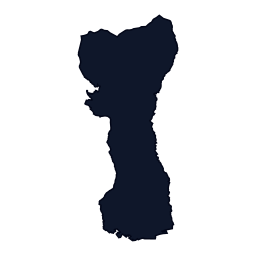 outline of Baia De Fier, Gorj, Romania
{"feature_id": "2599482B13335657184953", "entity_name": "Baia De Fier", "entity_type": "district", "adm_level": 2, "iso_a3": "ROU", "parent_name": "Romania", "parent_adm1": "Gorj", "projection": "robinson", "projection_center": [23.743, 45.243], "detail": "fine", "context": "isolated", "style": "filled", "palette": "ink", "viewbox_px": 256, "rotation_deg": 0, "n_neighbors": 0, "source": "geoboundaries", "source_scale": "gbopen_adm2", "svg_char_len": 5834}
<svg xmlns="http://www.w3.org/2000/svg" viewBox="0 0 256 256"><path d="M155.2,238.8L155.5,237.7L155.5,235.7L155.9,235.5L159.6,234.2L163.1,233.5L167.1,233.2L166.1,230.9L162.5,231.9L161.9,231.2L166.3,229.8L172.3,228.6L172.4,225.5L172.8,224.9L173.5,224.6L172.8,222.4L172.1,221.6L171.6,219.4L171.6,218.0L171.1,217.0L170.9,215.8L170.4,214.8L170.6,213.8L170.4,211.9L171.4,211.3L171.6,210.9L171.5,210.2L171.1,209.7L171.0,208.4L171.2,206.5L170.7,205.6L169.3,205.0L168.9,203.7L168.3,202.9L169.3,200.9L169.4,199.8L169.0,198.8L169.4,197.9L168.5,196.8L167.8,196.5L167.7,196.1L167.7,195.6L168.7,194.2L169.3,192.5L169.1,191.9L168.5,191.5L168.2,190.9L168.4,189.4L168.2,188.6L168.4,186.6L169.1,183.6L169.6,182.7L169.2,181.9L168.3,181.5L168.2,181.3L169.3,180.4L169.4,179.9L169.1,179.3L169.2,178.3L168.4,177.8L166.3,173.1L164.4,172.4L163.1,170.4L162.9,169.9L163.3,169.2L163.1,168.2L162.5,167.3L162.4,166.6L161.2,164.9L160.8,163.5L159.9,162.3L158.9,161.7L159.0,160.8L158.8,160.4L157.5,159.8L157.3,159.5L158.1,158.6L158.2,157.6L157.8,157.1L156.9,157.2L156.6,156.9L156.5,156.0L156.0,155.1L156.2,154.7L157.3,154.1L154.9,151.0L154.9,150.6L155.1,149.9L155.9,149.1L155.3,147.5L155.9,145.6L155.0,144.9L154.8,143.8L155.1,143.5L156.5,142.9L155.4,141.4L155.4,140.9L155.9,140.5L156.0,139.6L155.2,137.4L155.4,136.9L155.3,136.1L155.4,135.4L154.6,134.7L154.5,134.0L153.9,133.7L154.5,132.7L152.7,130.8L152.4,130.1L152.3,128.5L151.7,127.8L151.4,125.8L152.2,124.8L152.0,124.1L152.6,123.4L150.4,121.7L149.9,120.5L150.8,119.8L151.8,118.3L152.3,116.0L153.1,115.1L153.8,114.8L154.6,113.5L153.4,113.1L153.3,111.4L154.0,110.7L154.3,109.7L155.4,109.0L155.3,108.0L155.8,106.5L155.4,104.6L155.7,103.6L155.7,101.2L156.8,99.8L156.7,98.2L155.6,97.4L155.6,95.8L155.2,95.1L154.0,94.4L153.9,94.0L154.5,93.5L156.2,93.6L156.3,92.7L156.7,92.4L158.6,92.4L158.8,90.7L159.4,90.3L159.5,89.7L160.4,88.4L160.9,86.9L161.0,85.2L160.9,83.2L161.2,82.4L161.1,81.9L161.4,80.6L163.1,79.1L163.3,78.0L162.9,77.3L164.7,75.7L164.8,74.3L165.1,73.9L166.3,73.2L166.9,72.4L168.6,71.3L169.8,70.1L169.8,69.3L172.7,64.1L172.5,63.0L173.3,61.6L173.1,60.4L173.5,59.8L173.6,58.6L174.6,57.9L174.5,55.5L175.6,53.9L176.8,53.1L176.3,52.5L177.5,50.6L177.6,49.1L177.6,47.7L177.0,45.7L177.3,45.1L176.8,44.4L176.8,43.4L176.2,43.0L176.4,42.2L175.6,41.4L175.4,40.4L175.4,39.5L175.1,39.2L175.1,38.8L174.4,38.1L174.9,36.6L174.9,35.7L173.7,34.2L173.0,32.5L172.5,31.9L172.3,31.1L171.8,30.8L172.1,29.1L171.9,28.3L172.2,27.4L172.1,25.8L171.3,24.1L171.1,22.7L170.4,21.1L169.4,20.5L163.3,18.5L159.3,15.4L156.5,17.6L153.6,19.2L152.9,20.0L152.0,21.7L151.3,22.5L150.1,23.0L148.1,24.6L146.1,26.6L141.3,26.8L139.6,27.9L133.7,28.8L131.8,29.7L129.5,30.1L127.0,30.0L125.6,30.4L119.4,34.4L117.3,36.9L109.9,32.9L107.4,30.8L104.2,30.5L102.3,29.6L101.3,29.4L100.6,29.6L98.3,31.5L94.5,33.0L93.0,32.7L90.5,31.5L89.5,31.7L88.9,32.2L88.4,33.6L87.2,34.6L84.1,35.6L81.2,36.1L81.4,36.9L81.7,39.9L78.5,53.1L78.9,53.8L78.4,54.6L78.7,55.6L79.7,57.2L80.6,61.0L80.7,62.3L80.2,64.4L79.5,66.0L79.6,67.5L83.2,74.5L84.1,75.7L84.5,77.0L84.9,76.8L85.9,78.1L86.4,78.5L86.6,78.3L88.0,79.7L89.1,79.8L90.0,81.1L90.5,82.2L91.0,81.9L92.3,83.9L93.1,84.2L94.0,84.9L94.5,86.2L95.1,86.8L95.6,86.9L96.7,86.5L97.6,86.7L98.1,86.2L98.0,85.3L98.3,85.7L100.1,86.3L99.1,89.0L99.0,90.7L98.2,91.8L97.5,91.9L96.8,90.7L95.6,90.5L95.6,91.1L94.9,91.6L94.9,92.1L94.3,92.0L94.1,92.9L93.3,93.3L92.9,93.8L91.9,93.5L91.5,93.6L91.7,94.0L90.3,93.8L90.2,93.3L89.0,93.0L89.0,93.4L89.8,93.8L89.5,94.0L89.0,93.8L87.5,92.2L87.4,90.7L87.0,90.5L86.8,90.6L86.7,91.1L87.3,93.3L88.1,94.9L88.9,95.6L89.9,97.1L90.5,97.1L91.3,98.3L92.0,99.9L91.7,100.1L88.8,99.7L88.6,100.0L87.4,100.5L86.4,100.3L85.0,103.8L86.1,104.5L87.9,105.0L89.0,105.5L89.4,106.0L89.6,106.9L91.1,107.7L90.7,109.0L90.4,109.1L92.6,111.0L93.7,112.7L93.8,113.6L93.6,113.9L95.0,114.8L95.9,115.3L99.6,115.8L100.1,116.9L100.8,116.4L105.0,115.8L107.7,116.2L110.0,117.9L110.7,119.6L110.5,122.3L111.0,127.6L110.9,130.0L109.6,131.4L108.6,133.6L108.5,134.3L109.0,135.1L109.0,135.7L108.5,136.4L108.6,137.4L108.2,138.2L108.4,139.3L107.2,141.7L107.1,142.5L107.8,143.1L108.9,145.5L110.0,147.0L110.8,149.2L110.8,149.7L110.3,150.9L109.4,151.5L109.2,152.0L109.4,152.8L110.3,154.1L110.5,154.9L111.8,155.9L111.4,156.9L112.3,158.7L112.3,159.4L112.6,159.9L112.7,161.1L114.1,163.0L114.5,164.0L114.7,165.2L114.6,166.5L115.2,167.6L115.5,169.6L116.3,171.0L116.3,171.8L116.9,173.0L116.6,174.7L116.3,175.0L116.6,176.1L116.3,176.9L116.2,178.2L115.4,180.1L115.0,183.1L114.1,184.8L113.8,186.1L113.9,187.1L113.6,188.0L113.0,188.5L112.8,189.1L111.5,189.5L110.5,190.4L109.5,190.7L108.9,191.4L106.5,193.0L104.9,195.3L104.5,196.8L103.4,198.1L103.1,198.7L102.3,198.9L101.7,199.7L99.9,200.7L99.3,201.8L99.5,203.1L99.1,204.1L100.9,205.3L100.9,206.2L100.7,206.8L100.9,207.7L100.6,208.3L100.7,209.9L101.2,210.8L101.2,211.4L102.3,212.7L102.5,213.9L103.0,214.6L102.4,215.6L103.0,216.4L102.8,217.1L102.8,218.5L103.2,219.8L103.5,220.2L104.2,220.4L104.4,220.9L104.3,221.3L103.5,221.4L103.2,221.7L103.7,222.5L103.3,222.9L103.6,223.4L103.5,224.9L104.3,225.7L103.3,226.8L103.7,227.2L103.4,228.2L103.8,229.0L105.8,230.4L106.4,230.2L107.0,230.4L109.4,232.7L110.6,232.0L110.9,232.0L111.2,232.5L111.5,232.3L111.8,232.8L113.3,233.1L113.3,232.6L115.6,231.2L115.5,230.6L114.4,230.0L114.4,229.6L117.0,228.9L120.2,232.0L118.8,232.5L118.2,232.4L117.9,232.7L118.3,233.1L117.7,233.0L117.4,233.4L117.3,233.2L117.0,233.8L116.4,234.0L116.4,234.5L118.9,237.7L119.6,237.3L120.5,237.3L121.5,235.5L121.6,235.0L122.6,234.1L124.8,235.9L125.5,235.1L126.1,235.5L125.1,236.1L126.2,237.0L127.4,235.7L128.4,236.2L128.9,235.8L128.1,235.1L128.4,235.0L129.1,235.6L129.7,235.2L130.9,236.3L128.9,238.0L132.5,240.6L133.4,240.5L132.4,239.7L132.8,239.4L133.9,240.5L135.7,240.2L137.4,238.8L138.2,239.7L141.8,238.3L143.8,238.1L144.0,238.6L144.8,238.7L155.2,238.8Z" fill="#0f172a" stroke="#020617" stroke-width="1.5"/></svg>